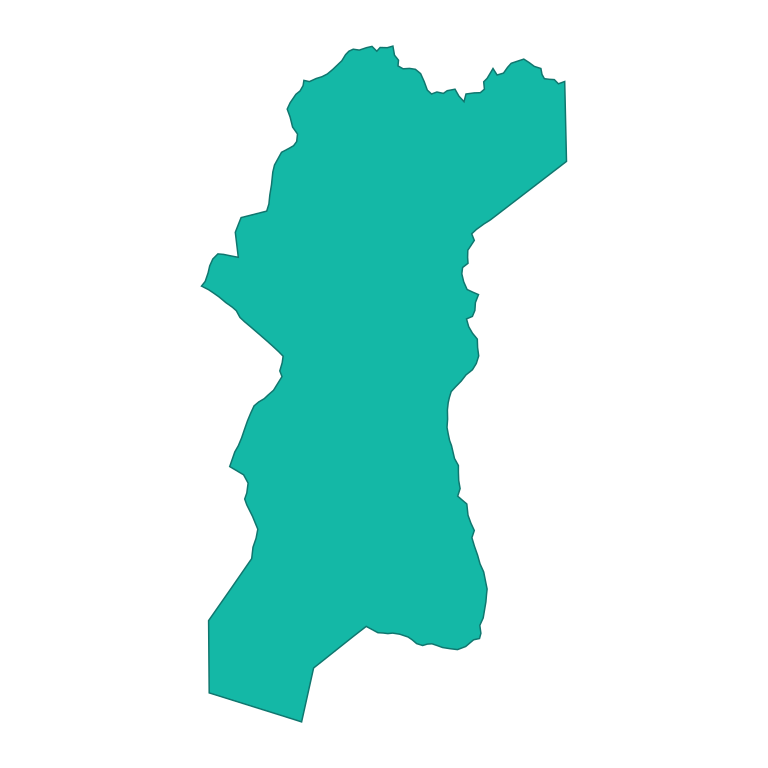 Missão Velha, Ceará, Brazil
{"feature_id": "56859067B60550898814299", "entity_name": "Missão Velha", "entity_type": "district", "adm_level": 2, "iso_a3": "BRA", "parent_name": "Brazil", "parent_adm1": "Ceará", "projection": "natural_earth1", "projection_center": [-39.144, -7.317], "detail": "fine", "context": "isolated", "style": "filled", "palette": "teal", "viewbox_px": 768, "rotation_deg": 0, "n_neighbors": 0, "source": "geoboundaries", "source_scale": "gbopen_adm2", "svg_char_len": 2630}
<svg xmlns="http://www.w3.org/2000/svg" viewBox="0 0 768 768"><path d="M478.5,294.6L473.1,292.3L467.1,289.5L463.7,281.8L461.8,273.8L462.6,267.5L468.0,263.3L467.6,257.4L467.8,250.2L470.7,245.9L474.3,240.4L471.7,233.8L476.3,229.5L483.7,224.1L490.5,219.8L566.5,161.4L564.7,81.5L558.4,83.8L554.3,79.6L549.2,79.3L544.4,78.7L542.0,74.4L540.9,68.5L534.3,66.4L529.2,62.6L523.8,59.1L516.5,61.5L511.2,63.3L507.6,67.3L503.5,73.1L497.1,75.0L493.0,68.5L489.8,73.9L487.1,78.4L483.7,81.8L484.4,89.2L480.3,92.7L474.2,92.9L466.0,94.0L464.0,101.7L458.9,96.1L455.0,89.2L447.2,90.7L443.4,93.4L436.9,92.0L431.5,94.0L427.3,90.1L424.2,81.6L420.6,73.6L415.4,69.3L409.5,68.4L403.1,68.8L398.0,65.9L398.5,60.2L394.5,55.2L392.9,46.1L387.3,47.7L380.1,47.5L376.8,51.2L372.0,46.4L366.4,47.7L359.3,50.1L353.2,49.2L348.9,51.2L345.6,54.6L341.8,60.8L332.9,69.3L327.3,74.0L322.0,76.7L316.2,78.5L309.4,81.6L303.9,80.4L303.1,85.6L300.1,90.9L295.9,94.3L290.1,102.8L287.2,109.1L290.1,117.0L292.6,127.1L297.5,134.0L296.7,141.5L293.6,145.7L289.1,148.3L281.5,152.3L274.5,165.0L272.8,172.1L271.5,184.7L269.8,195.1L268.9,204.0L266.7,211.1L241.1,217.6L238.7,223.6L235.3,232.3L238.3,257.3L233.4,256.4L228.4,255.4L223.6,254.4L217.9,253.9L212.8,259.0L209.7,265.9L208.1,272.9L205.2,281.4L201.5,286.1L208.6,289.7L213.5,293.0L218.9,296.8L225.8,302.6L232.2,307.1L236.3,310.7L240.0,317.5L244.6,321.8L250.7,326.9L263.9,338.3L271.7,345.2L278.4,351.4L283.1,356.2L282.2,362.7L279.8,370.9L282.0,376.6L273.5,390.3L267.8,395.3L264.2,398.7L258.9,401.8L254.1,405.8L250.8,412.9L247.5,420.8L244.7,428.8L241.6,437.9L238.3,445.8L234.8,451.9L229.7,466.6L243.6,474.8L248.1,483.1L246.8,493.0L244.7,499.0L246.8,504.9L252.5,516.3L257.8,529.2L256.1,538.2L253.0,547.2L251.7,558.6L230.9,588.7L208.6,620.6L209.2,692.9L293.8,719.4L301.6,721.9L313.6,668.0L353.2,636.5L366.2,626.4L377.9,632.7L383.1,633.0L387.8,633.6L392.6,633.1L399.8,634.2L408.1,637.0L412.2,639.8L416.6,643.6L422.7,645.5L427.3,644.1L432.0,643.8L437.9,645.8L442.5,647.5L450.1,648.7L457.5,649.6L465.7,646.5L473.6,639.8L479.5,638.5L480.9,633.3L479.8,625.4L483.2,617.9L485.9,601.9L486.5,594.7L487.1,589.0L485.9,583.1L483.7,572.0L480.0,563.8L477.6,555.2L474.4,546.1L471.9,537.7L474.3,530.5L470.9,523.2L468.0,515.2L466.8,504.0L457.7,496.2L460.1,488.6L458.7,480.5L458.4,472.1L458.4,465.5L454.5,458.5L451.5,445.6L449.6,440.5L448.2,433.9L447.0,427.4L447.6,419.2L447.4,409.9L448.2,402.7L449.4,397.4L451.2,391.6L455.3,387.1L461.2,381.1L466.0,374.9L472.4,369.8L476.3,363.5L478.7,355.9L477.6,347.6L477.3,339.1L472.4,333.1L468.7,326.7L466.5,318.9L472.4,316.4L474.9,310.4L475.4,302.6L478.5,294.6Z" fill="#14b8a6" stroke="#0f766e" stroke-width="1.5"/></svg>